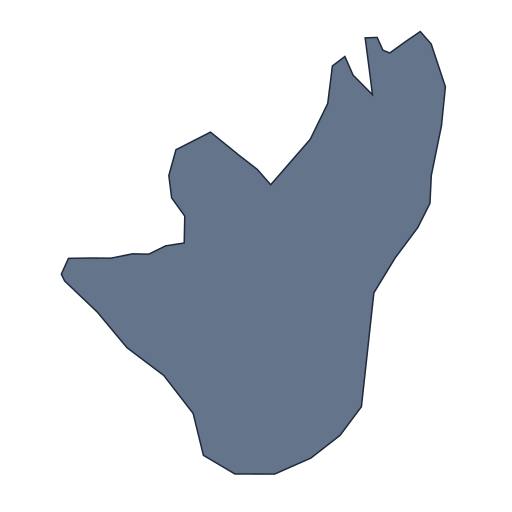 the Metropolitan City of Busan, rotated 178°
{"feature_id": "KOR-2507", "entity_name": "Busan", "entity_type": "Metropolitan City", "adm_level": 1, "iso_a3": "KOR", "parent_name": "South Korea", "parent_adm1": "", "projection": "mercator", "projection_center": [129.065, 35.158], "detail": "fine", "context": "isolated", "style": "filled", "palette": "slate", "viewbox_px": 512, "rotation_deg": 178, "n_neighbors": 0, "source": "natural_earth", "source_scale": "10m", "svg_char_len": 746}
<svg xmlns="http://www.w3.org/2000/svg" viewBox="0 0 512 512"><g transform="rotate(178 256 256)"><path d="M451.2,244.6L443.5,260.2L419.2,259.7L401.3,258.9L379.3,262.5L363.1,261.6L346.0,269.3L327.3,271.5L325.8,298.4L338.3,317.1L340.3,339.5L332.3,365.0L297.2,381.4L268.8,356.7L251.6,342.4L238.8,326.7L197.7,370.8L179.0,405.9L173.0,443.3L160.2,452.3L152.7,433.4L134.0,413.1L135.6,431.2L139.3,470.2L127.3,470.2L122.0,457.3L115.3,454.2L99.2,465.0L84.0,474.6L73.5,461.7L60.8,418.5L66.1,379.7L78.0,330.3L80.3,302.6L93.3,278.8L117.1,249.1L139.5,215.0L155.9,101.7L178.2,73.9L208.1,52.2L245.0,37.4L284.7,38.9L315.5,58.6L324.3,100.8L352.3,139.8L388.1,168.8L416.5,205.4L448.1,237.7L451.2,244.6Z" fill="#64748b" stroke="#1e293b" stroke-width="1.5"/></g></svg>